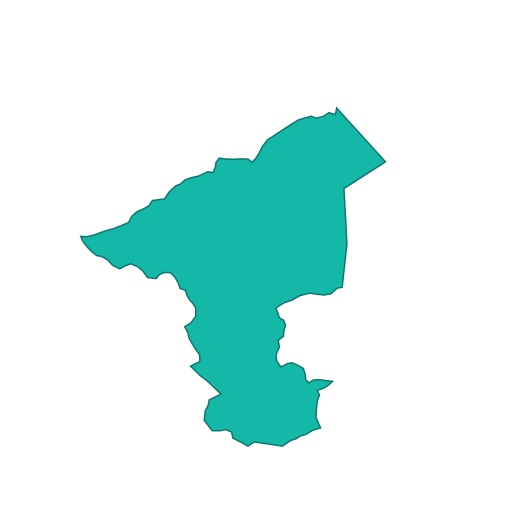 Nova Ibiá, Bahia, Brazil (Mercator projection), rotated 36°
{"feature_id": "56859067B97752874047652", "entity_name": "Nova Ibiá", "entity_type": "district", "adm_level": 2, "iso_a3": "BRA", "parent_name": "Brazil", "parent_adm1": "Bahia", "projection": "mercator", "projection_center": [-39.584, -13.819], "detail": "fine", "context": "isolated", "style": "filled", "palette": "teal", "viewbox_px": 512, "rotation_deg": 36, "n_neighbors": 0, "source": "geoboundaries", "source_scale": "gbopen_adm2", "svg_char_len": 1966}
<svg xmlns="http://www.w3.org/2000/svg" viewBox="0 0 512 512"><g transform="rotate(36 256 256)"><path d="M305.4,103.7L281.5,98.7L234.3,88.9L237.1,94.9L230.8,97.2L228.2,103.7L223.7,109.1L218.4,110.5L210.4,120.9L207.3,128.1L197.0,155.4L196.8,164.0L198.0,170.6L198.5,177.4L197.5,182.6L192.8,182.2L186.9,186.2L180.9,191.0L174.0,195.6L168.7,198.5L168.7,204.1L171.1,208.3L172.1,214.0L167.5,216.1L164.7,221.1L162.4,225.3L158.5,229.6L153.9,235.9L152.6,242.1L149.9,246.3L148.1,255.3L148.4,263.7L144.3,267.5L139.7,271.9L139.7,278.7L137.0,284.6L133.5,290.4L132.2,296.9L133.2,303.9L128.7,311.2L124.9,317.4L120.9,322.3L117.3,327.2L113.0,333.7L108.0,339.7L102.7,343.1L108.0,346.2L115.1,348.1L121.2,349.1L126.9,349.3L131.2,347.2L138.0,346.3L145.6,347.8L153.2,346.5L155.9,341.0L159.2,336.0L166.3,334.2L173.5,334.7L180.9,337.2L188.5,332.9L188.8,327.7L191.7,323.1L196.7,319.7L203.1,320.8L208.9,323.6L213.7,326.9L218.7,325.2L223.2,328.3L227.6,330.4L232.6,331.4L238.1,333.7L242.7,340.2L242.6,348.5L239.9,355.1L245.7,357.9L250.3,361.9L255.8,364.4L261.1,366.7L268.4,369.0L272.7,374.5L269.9,379.3L267.8,383.6L281.5,385.6L289.7,385.7L308.9,388.3L305.4,394.8L302.7,399.9L305.0,404.7L306.2,411.6L310.7,419.4L323.3,423.1L329.9,418.2L333.5,414.3L339.7,412.7L344.3,416.9L349.6,416.1L354.6,415.3L361.2,414.6L363.9,407.5L389.2,394.2L392.2,385.4L395.9,380.2L397.7,375.5L401.4,370.7L404.3,363.7L409.3,357.1L404.8,354.6L399.5,351.4L395.6,345.5L390.8,337.4L389.1,331.2L384.6,328.8L388.2,323.4L390.3,318.7L391.6,312.5L379.5,319.1L375.2,322.8L373.5,327.4L368.9,326.9L365.4,322.8L360.4,319.1L354.4,319.8L348.1,321.1L344.6,324.7L341.5,331.1L335.2,329.1L331.4,325.9L329.3,321.0L328.6,316.1L323.5,311.0L325.4,304.9L322.6,300.2L320.5,294.5L316.0,291.7L311.3,292.4L307.4,289.4L302.7,286.5L304.2,282.0L306.7,276.6L311.0,270.6L314.8,262.3L321.1,254.6L327.6,251.2L334.1,247.5L338.7,242.7L340.7,234.1L344.1,230.7L322.4,192.7L287.5,149.7L305.4,103.7Z" fill="#14b8a6" stroke="#0f766e" stroke-width="1.5"/></g></svg>